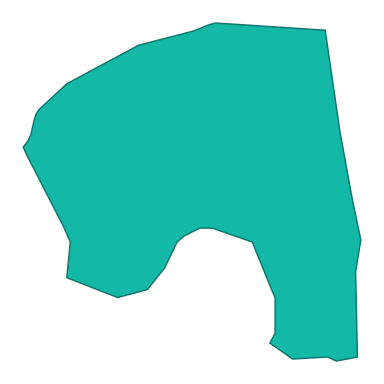 map outline of Bakool (Robinson projection)
{"feature_id": "SOM-2312", "entity_name": "Bakool", "entity_type": "Region", "adm_level": 1, "iso_a3": "SOM", "parent_name": "Somalia", "parent_adm1": "", "projection": "robinson", "projection_center": [43.857, 4.102], "detail": "fine", "context": "isolated", "style": "filled", "palette": "teal", "viewbox_px": 384, "rotation_deg": 0, "n_neighbors": 0, "source": "natural_earth", "source_scale": "10m", "svg_char_len": 765}
<svg xmlns="http://www.w3.org/2000/svg" viewBox="0 0 384 384"><path d="M215.4,23.0L225.9,23.7L235.0,24.3L244.1,24.9L253.1,25.5L262.2,26.1L271.3,26.7L280.3,27.3L289.4,27.9L298.5,28.5L307.5,29.1L316.6,29.7L325.2,30.2L339.8,130.9L352.1,198.4L360.8,240.0L355.6,271.7L357.4,357.0L336.4,361.0L327.6,357.0L292.6,359.0L269.9,343.1L275.1,333.2L275.1,297.5L271.6,289.6L252.3,242.0L212.1,228.1L199.8,228.1L184.1,236.0L177.1,242.0L164.8,267.8L147.3,289.6L117.6,297.5L66.8,277.7L70.3,242.0L63.3,226.1L26.6,154.7L23.2,147.1L28.3,140.6L31.0,134.2L34.1,120.4L36.4,113.7L37.6,111.6L39.0,109.6L52.1,97.4L66.8,83.8L86.6,73.1L106.6,62.4L126.3,51.8L138.4,45.3L158.0,40.2L171.2,36.8L188.5,32.3L193.8,30.9L209.0,24.8L215.4,23.0Z" fill="#14b8a6" stroke="#0f766e" stroke-width="1.5"/></svg>